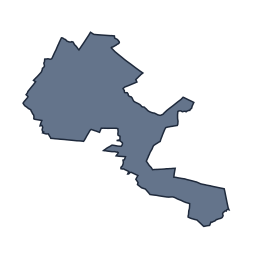 Rongai, Rift Valley, Kenya (orthographic projection), rotated 94°
{"feature_id": "3690345B22198050855445", "entity_name": "Rongai", "entity_type": "district", "adm_level": 2, "iso_a3": "KEN", "parent_name": "Kenya", "parent_adm1": "Rift Valley", "projection": "orthographic", "projection_center": [36.019, -0.061], "detail": "fine", "context": "isolated", "style": "filled", "palette": "slate", "viewbox_px": 256, "rotation_deg": 94, "n_neighbors": 0, "source": "geoboundaries", "source_scale": "gbopen_adm2", "svg_char_len": 5769}
<svg xmlns="http://www.w3.org/2000/svg" viewBox="0 0 256 256"><g transform="rotate(94 128 128)"><path d="M144.3,178.2L144.2,175.5L144.3,172.6L144.4,171.4L143.1,170.6L141.3,169.7L138.6,168.5L135.7,167.0L133.0,165.7L132.0,164.7L132.5,162.7L133.0,160.9L133.3,159.5L133.8,157.9L134.3,156.1L130.1,154.7L129.9,152.2L129.7,148.0L129.3,143.0L129.1,139.5L129.4,138.1L130.5,137.9L132.3,137.6L133.8,137.7L134.7,137.7L135.9,137.4L136.8,135.4L140.3,135.2L141.3,138.5L141.3,135.1L143.1,132.6L144.2,132.4L145.4,132.7L146.7,133.5L146.8,136.0L146.7,137.6L146.5,139.0L146.3,140.8L146.2,142.8L147.1,144.0L147.7,144.8L148.4,146.0L149.1,147.0L149.7,147.9L150.8,149.1L151.6,150.2L152.2,150.8L152.3,149.7L152.2,149.0L152.4,147.7L152.5,146.3L152.6,144.2L152.7,142.6L152.7,141.7L152.5,139.6L152.8,138.0L152.8,136.7L153.3,136.0L154.6,136.5L155.6,137.3L156.6,137.9L156.8,135.0L156.8,131.5L156.8,128.5L158.3,128.9L159.9,129.4L160.4,130.8L162.3,130.3L163.7,130.3L165.0,130.6L166.2,131.0L167.7,132.3L169.1,132.2L169.3,130.7L169.1,129.5L169.7,128.3L170.2,127.0L170.7,125.7L171.4,124.2L173.9,125.1L173.8,124.2L173.1,123.5L172.3,123.0L172.0,121.7L174.7,114.8L178.6,116.6L179.5,115.9L180.3,115.2L181.7,114.2L183.8,114.6L185.6,111.9L186.7,110.3L187.2,108.3L187.7,106.4L190.3,103.8L191.2,102.9L192.8,101.4L193.1,97.0L193.1,96.0L193.2,94.5L193.5,92.1L193.7,89.8L193.9,87.3L194.1,84.6L194.1,82.5L194.0,81.9L193.6,79.0L193.9,77.1L194.6,75.3L195.2,74.0L196.0,71.6L196.5,69.9L197.5,67.5L198.3,65.0L198.5,63.9L199.1,61.2L201.2,61.1L203.9,61.1L206.5,61.6L208.2,61.6L210.0,61.6L211.6,61.9L212.7,61.8L213.1,60.7L213.5,59.7L213.9,58.3L214.2,56.8L214.6,55.0L214.9,52.9L217.8,49.3L220.5,46.1L220.7,45.8L220.9,45.5L220.2,43.0L219.9,41.8L219.5,39.8L216.1,38.7L216.1,37.6L215.4,36.5L214.7,35.0L214.5,34.7L214.2,34.3L213.2,33.5L212.9,32.4L212.3,31.3L212.0,30.2L211.6,29.1L210.7,27.8L208.9,27.0L207.7,27.4L207.1,27.6L206.7,27.6L205.4,27.0L204.9,26.3L203.9,25.3L204.0,24.2L202.9,24.0L202.2,22.8L202.5,21.6L200.7,22.5L198.3,23.2L194.8,24.2L192.2,24.9L188.6,25.9L184.9,26.9L181.9,27.8L181.7,29.3L181.4,31.8L181.1,34.0L180.8,36.0L180.5,38.4L180.2,40.5L179.9,41.9L179.8,43.1L179.6,44.7L179.6,45.1L179.2,47.4L178.9,49.9L178.6,51.7L177.5,54.7L177.0,56.2L177.0,56.5L176.9,57.0L176.5,59.0L176.1,61.1L175.7,63.4L175.3,65.8L174.8,67.8L174.6,70.7L174.4,72.7L174.2,74.8L173.9,76.8L173.8,78.9L170.6,78.7L167.4,78.4L164.9,78.1L165.2,80.6L165.5,82.2L165.6,83.6L165.9,85.4L166.0,86.9L166.3,88.4L166.4,88.9L166.7,91.1L167.0,93.7L167.3,96.1L167.5,98.3L167.9,100.6L165.9,102.0L163.9,104.2L161.7,105.9L159.8,107.4L157.5,106.6L154.8,105.6L154.1,105.6L153.5,105.1L150.9,104.3L147.2,102.5L145.9,102.1L144.4,101.6L143.5,101.0L142.9,100.2L142.7,100.0L142.1,99.2L140.9,97.5L140.1,96.5L139.2,95.0L136.7,94.4L134.2,93.6L132.4,93.1L131.2,92.7L129.4,92.1L127.0,91.3L125.0,90.4L124.3,88.5L123.9,86.9L123.6,85.8L123.3,84.5L123.3,84.2L122.8,82.4L122.4,80.6L122.0,79.0L120.8,78.6L117.7,78.6L115.1,79.2L111.4,79.5L108.0,79.4L107.4,78.3L107.2,76.5L108.0,74.9L107.5,73.5L107.3,72.2L107.8,71.2L107.1,70.5L106.7,69.6L106.2,68.7L106.1,67.6L104.8,67.0L104.3,66.3L103.8,65.9L101.6,65.5L97.9,64.1L96.8,66.7L95.8,69.3L94.7,72.0L93.6,74.7L93.5,75.2L95.9,77.2L97.0,78.5L98.3,80.0L100.6,82.5L103.0,85.1L105.5,88.0L107.7,90.4L110.7,93.2L111.4,93.6L111.9,94.2L112.3,94.9L112.5,95.3L113.0,96.2L113.1,96.6L113.1,97.5L113.0,97.9L112.9,98.3L112.8,99.2L112.4,100.0L111.8,101.4L111.3,102.7L111.2,104.2L110.8,106.0L110.3,107.4L109.8,108.6L109.0,109.8L107.9,110.9L106.9,112.3L106.1,113.1L106.0,114.0L106.0,114.5L105.9,115.4L105.6,115.8L105.2,116.2L104.4,117.0L104.1,117.4L103.7,117.9L103.5,118.4L103.1,119.1L102.8,119.9L102.3,121.1L101.8,122.5L100.9,124.1L99.3,125.2L97.7,126.0L96.6,127.2L96.5,128.4L96.0,129.3L95.4,130.0L94.2,130.2L92.9,131.2L92.8,131.7L93.0,132.9L92.8,133.9L91.8,134.2L90.7,134.3L90.0,135.1L88.9,135.7L87.3,134.0L85.8,130.8L84.9,129.0L83.4,126.0L82.6,124.4L81.5,122.3L79.2,123.6L78.1,122.7L76.9,121.6L75.8,120.7L74.9,119.8L73.8,118.9L73.0,118.0L72.1,117.0L70.2,120.2L67.4,124.7L64.3,129.4L61.5,133.9L59.9,136.3L58.6,138.1L55.8,142.1L52.8,146.3L49.2,150.3L48.6,150.0L48.2,148.7L46.9,146.8L46.0,145.4L45.1,144.5L44.7,143.6L44.1,143.0L43.8,142.8L43.4,142.6L42.4,142.9L40.5,144.7L39.2,147.6L37.1,148.0L37.0,150.6L37.1,151.9L37.1,155.1L37.1,159.6L37.1,164.0L37.0,168.6L35.1,172.1L38.1,173.6L43.1,176.4L45.8,177.9L49.4,180.0L53.5,182.4L52.5,183.4L51.4,184.3L50.3,185.2L49.4,186.2L48.7,187.1L47.6,187.8L47.3,188.0L46.8,188.3L46.0,188.9L45.8,190.3L46.2,190.7L46.3,192.4L46.0,193.6L45.5,195.1L44.1,196.5L43.8,197.7L43.1,198.8L42.7,199.8L42.7,200.7L47.5,202.6L48.8,203.0L50.2,203.6L53.9,204.9L54.9,205.2L55.8,205.6L57.7,206.4L59.0,206.9L60.1,207.3L63.3,208.5L64.3,209.0L64.9,210.5L64.6,211.9L64.6,213.0L64.7,213.5L64.9,214.3L64.9,214.8L65.1,215.9L67.0,215.9L68.0,216.0L69.1,216.5L69.7,216.3L70.2,216.2L70.9,215.9L72.2,215.7L73.3,216.3L74.4,217.5L76.1,217.7L78.1,218.3L79.6,219.4L82.4,221.6L83.7,222.7L84.3,223.3L85.1,223.9L85.6,224.4L87.1,225.6L87.8,224.3L88.3,223.4L91.4,225.4L94.9,227.9L98.5,230.4L99.8,230.7L100.8,231.3L101.9,232.0L102.8,230.9L103.5,230.0L104.5,230.2L108.0,232.8L108.8,233.4L109.9,234.1L110.6,234.4L111.9,233.5L113.1,232.4L113.7,231.4L114.0,230.7L114.6,230.0L115.1,229.2L115.6,228.6L115.9,227.6L116.3,226.9L116.7,226.2L117.9,225.7L119.0,224.9L120.4,224.2L121.2,223.4L121.7,223.0L123.3,222.6L125.4,222.6L125.8,221.7L126.5,214.5L130.1,215.5L132.0,215.9L131.9,215.4L131.4,214.2L132.3,213.5L133.6,213.1L135.4,213.6L136.6,213.3L136.9,213.1L137.5,212.9L137.8,212.0L138.8,212.8L138.9,212.4L139.2,211.4L139.6,209.4L139.5,208.0L139.4,207.1L140.8,206.2L142.9,204.7L143.4,204.4L143.7,204.3L143.7,203.4L143.7,202.2L143.8,200.0L143.8,197.5L143.9,195.4L143.9,191.9L143.9,190.7L144.0,188.1L144.3,178.2Z" fill="#64748b" stroke="#1e293b" stroke-width="1.5"/></g></svg>